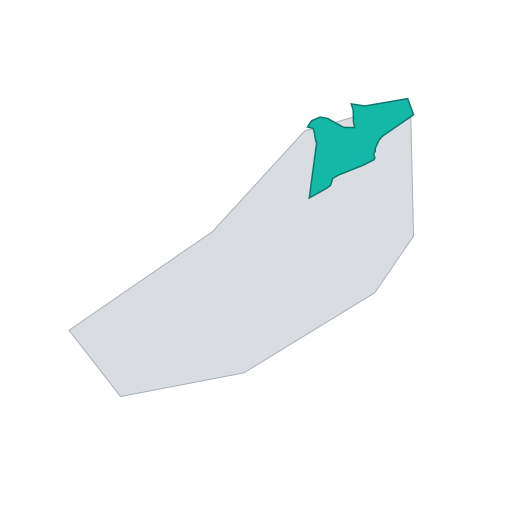 location of Saint John within Dominica, rotated 67°
{"feature_id": "DMA-1435", "entity_name": "Saint John", "entity_type": "Parish", "adm_level": 1, "iso_a3": "DMA", "parent_name": "Dominica", "parent_adm1": "", "projection": "robinson", "projection_center": [-61.45, 15.568], "detail": "fine", "context": "in_parent", "style": "filled", "palette": "teal", "viewbox_px": 512, "rotation_deg": 67, "n_neighbors": 0, "source": "natural_earth", "source_scale": "10m", "svg_char_len": 969}
<svg xmlns="http://www.w3.org/2000/svg" viewBox="0 0 512 512"><g transform="rotate(67 256 256)"><path d="M332.4,435.6L251.3,457.1L216.5,286.4L159.9,162.4L169.6,85.0L179.8,55.7L299.2,103.2L336.2,160.9L358.8,312.8L332.4,435.6Z" fill="#d9dde1" stroke="#a8b0b8" stroke-width="1"/><path d="M157.4,158.1L156.7,157.3L153.2,152.0L153.2,142.7L157.4,136.3L171.9,125.0L176.3,115.1L170.3,113.8L159.9,109.6L153.2,108.9L160.4,97.3L170.4,54.9L187.5,55.7L195.2,93.2L197.5,97.6L203.4,104.1L206.5,105.4L206.7,105.9L207.1,106.7L207.4,107.1L207.8,107.4L209.3,108.1L209.8,108.2L210.6,108.3L211.0,108.2L211.3,108.1L211.6,108.1L211.8,108.1L212.1,108.3L212.4,108.4L213.0,109.5L213.4,109.7L214.3,120.4L213.7,149.1L214.5,154.9L220.2,160.0L221.3,164.9L223.4,184.3L175.4,155.9L175.1,156.0L174.5,156.1L173.9,156.1L170.2,155.3L169.8,155.3L165.3,154.0L164.6,153.9L163.8,154.0L163.2,154.0L161.3,153.5L160.6,154.0L160.3,154.3L157.4,158.1Z" fill="#14b8a6" stroke="#0f766e" stroke-width="1.5"/></g></svg>